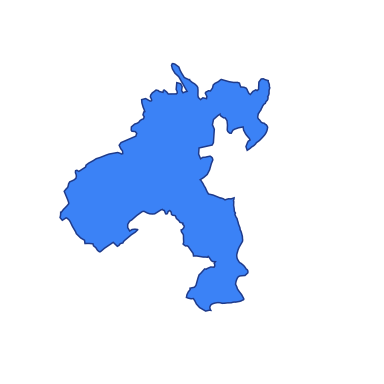 outline of El Mansora, Ad Daqahliyah, Egypt, rotated 147°
{"feature_id": "37247803B83073428854351", "entity_name": "El Mansora", "entity_type": "district", "adm_level": 2, "iso_a3": "EGY", "parent_name": "Egypt", "parent_adm1": "Ad Daqahliyah", "projection": "orthographic", "projection_center": [31.42, 31.053], "detail": "fine", "context": "isolated", "style": "filled", "palette": "blue", "viewbox_px": 384, "rotation_deg": 147, "n_neighbors": 0, "source": "geoboundaries", "source_scale": "gbopen_adm2", "svg_char_len": 6035}
<svg xmlns="http://www.w3.org/2000/svg" viewBox="0 0 384 384"><g transform="rotate(147 192 192)"><path d="M138.6,310.4L140.2,309.4L141.4,305.9L141.6,300.8L140.3,295.9L141.3,279.0L143.3,279.7L145.5,280.1L145.5,282.7L142.9,285.7L142.6,289.0L143.9,290.6L145.2,292.0L149.4,286.7L149.7,284.4L150.4,283.1L151.7,282.8L158.5,287.1L158.8,289.8L159.8,292.7L160.5,292.8L161.4,292.1L162.1,291.4L164.7,294.1L165.0,295.4L166.6,297.1L169.6,296.8L171.2,296.8L173.8,295.8L175.1,294.5L175.4,292.2L175.8,290.9L176.4,290.6L177.4,290.9L177.7,291.2L180.0,295.6L183.9,296.9L185.5,294.0L186.8,289.7L187.2,287.4L187.8,285.1L188.8,285.4L191.1,283.4L191.1,281.1L192.4,280.1L193.0,279.8L194.7,280.2L196.6,280.2L198.6,279.5L200.5,279.5L203.1,280.2L207.4,279.6L209.3,277.0L209.3,275.7L206.7,273.6L206.4,271.3L208.7,269.4L224.6,272.1L227.6,270.9L228.2,266.9L227.9,264.3L229.2,261.9L230.5,262.3L231.2,263.6L232.8,265.6L240.9,269.0L243.8,269.7L250.3,271.0L254.2,272.1L257.8,272.1L263.0,272.5L266.3,272.2L267.6,270.9L275.7,270.9L276.7,272.9L278.0,273.3L278.6,272.6L279.3,271.6L279.6,270.0L280.3,268.3L281.9,266.7L284.5,266.4L289.1,267.1L291.0,266.1L293.0,264.1L294.0,263.5L295.6,263.2L298.8,262.2L300.5,253.0L301.2,250.3L301.8,249.3L304.7,248.4L309.3,247.4L312.9,246.1L313.2,246.5L314.8,244.2L316.6,242.4L316.2,238.9L311.6,238.9L311.0,237.9L310.3,235.5L310.3,233.6L311.0,228.3L311.3,222.0L311.7,220.0L310.4,214.1L308.4,210.1L309.8,207.1L306.2,204.8L303.3,202.5L303.9,200.5L303.0,197.8L303.0,194.5L302.3,192.5L301.8,191.9L300.4,191.9L296.1,192.5L285.5,192.7L284.2,187.1L282.3,187.0L280.9,187.6L279.6,187.6L277.7,186.9L276.5,187.7L274.8,188.1L266.0,189.2L261.5,189.2L258.1,189.9L258.1,190.2L260.1,191.9L262.7,193.2L265.5,193.2L265.3,197.2L263.6,199.8L261.7,200.8L260.0,201.5L257.8,201.4L250.9,202.4L244.4,202.7L242.8,202.0L240.9,198.7L239.3,196.7L237.0,195.0L235.1,194.0L227.6,193.9L226.9,193.6L226.4,193.6L226.0,192.3L225.3,191.6L226.0,188.0L225.0,187.3L224.0,187.6L222.7,188.6L220.8,188.6L220.5,187.3L220.5,186.3L221.4,184.3L220.8,183.0L219.2,181.6L218.9,181.0L219.5,178.3L218.6,175.0L218.6,173.1L216.6,170.7L217.3,170.1L217.3,169.4L217.0,168.4L217.3,167.4L218.3,166.5L220.5,165.8L221.8,166.1L222.5,164.5L222.5,160.9L223.2,159.6L224.5,157.6L226.4,154.3L227.8,153.2L227.7,152.7L227.4,151.7L226.8,150.3L226.4,150.0L225.5,149.7L224.8,148.3L224.8,146.7L224.5,139.9L225.6,137.5L224.9,137.1L222.9,135.8L218.1,131.4L216.1,130.1L214.5,128.8L213.5,129.2L213.2,127.4L213.2,124.1L212.6,122.5L210.4,120.8L212.2,120.2L212.2,119.5L213.2,117.5L214.2,117.2L214.5,116.9L214.9,117.2L217.1,118.9L221.3,119.6L221.9,119.4L223.3,120.6L229.1,119.0L231.1,118.7L233.7,116.7L239.6,111.5L241.8,110.8L246.1,112.4L246.6,111.2L247.9,110.8L249.6,110.2L252.2,108.6L254.1,106.6L253.8,106.3L253.2,105.3L250.9,102.9L248.9,101.9L248.9,99.3L249.3,95.7L248.6,91.0L247.3,88.4L245.4,84.7L241.8,83.4L240.7,82.5L240.6,83.7L240.2,85.0L239.7,85.8L238.7,86.5L237.8,87.0L236.6,87.1L235.5,87.0L233.9,86.6L232.3,86.0L230.6,85.2L228.8,83.9L227.3,82.2L225.3,81.0L222.4,79.6L219.6,77.8L218.6,77.5L217.4,77.1L216.4,76.6L215.4,75.9L211.6,74.3L210.1,73.9L208.4,73.8L207.9,73.6L207.4,73.6L206.9,73.9L206.7,74.4L206.3,78.9L206.6,82.5L206.7,85.8L206.1,88.1L205.7,91.0L205.3,91.4L204.0,92.8L202.3,94.2L200.5,95.3L199.6,95.6L198.6,95.7L197.5,95.5L195.2,94.3L193.0,93.1L189.2,93.8L188.5,94.7L188.1,95.6L188.0,96.4L188.1,97.0L188.5,97.8L188.5,100.1L188.7,102.0L188.9,102.8L189.7,105.4L190.4,106.6L190.6,107.7L190.5,110.7L190.3,111.7L189.9,112.8L189.2,114.2L188.3,115.4L184.9,118.4L182.6,120.0L176.7,123.0L176.1,123.6L175.5,124.4L175.1,125.3L173.9,127.4L172.7,131.0L172.3,132.5L172.2,134.0L171.3,135.9L170.5,139.7L169.8,141.6L169.3,143.5L168.7,145.2L168.7,147.3L168.2,149.8L167.7,150.4L167.1,150.6L167.0,150.8L167.0,151.4L167.1,152.5L165.6,155.3L164.4,158.1L162.2,161.2L162.2,161.6L162.0,162.1L161.7,162.4L160.7,163.2L159.9,164.2L162.0,164.7L163.0,165.0L165.0,166.4L166.9,167.0L168.6,167.4L169.5,169.4L171.1,171.4L171.4,171.4L176.0,178.0L179.3,181.4L179.2,182.0L179.2,184.0L178.5,188.3L178.5,190.6L178.2,192.9L178.2,196.8L178.5,197.8L174.3,197.8L169.7,198.4L165.2,201.0L160.3,205.3L157.0,207.6L156.4,209.5L156.7,210.9L157.3,212.2L160.6,213.5L161.9,213.9L164.1,215.2L166.7,215.2L165.8,220.2L162.1,225.1L149.5,220.4L147.2,221.7L139.1,232.5L138.4,236.2L138.4,237.1L134.5,241.1L128.6,242.0L126.2,242.0L126.4,241.7L126.4,240.0L125.1,237.0L123.8,236.0L123.8,232.7L125.8,228.8L128.7,224.8L129.0,223.2L128.4,220.9L127.1,219.9L124.2,221.5L122.2,221.5L118.0,220.5L113.7,218.7L114.7,216.5L115.1,215.5L115.1,214.8L115.4,211.9L115.4,210.5L115.1,207.9L114.8,206.2L114.8,204.9L115.1,203.9L117.1,204.0L118.4,203.3L122.0,200.7L123.0,196.9L120.7,196.9L119.0,197.0L117.5,197.3L116.0,197.2L114.3,197.3L112.5,197.7L111.1,198.3L108.2,198.4L106.7,198.6L103.2,199.4L100.3,200.2L99.0,200.7L97.6,201.4L96.2,202.3L95.0,203.3L93.3,205.1L93.1,206.2L93.1,207.4L93.1,207.9L93.7,208.7L93.7,209.3L93.9,210.2L94.6,210.9L95.3,211.6L95.7,212.4L96.0,213.2L96.1,215.7L96.4,216.5L96.5,217.4L96.3,218.6L95.9,219.3L93.6,221.7L92.6,221.9L91.7,222.5L90.5,222.9L89.3,223.4L88.7,224.0L87.3,224.7L85.8,225.7L84.0,226.4L83.1,226.5L82.3,226.4L80.9,227.4L80.0,227.7L78.9,227.9L77.9,228.5L76.9,229.6L76.7,230.0L76.7,230.6L75.3,231.3L74.2,232.2L73.6,232.8L73.1,233.7L71.9,235.4L70.0,237.0L69.7,238.3L68.7,239.9L68.4,240.8L68.2,241.9L68.0,242.9L67.9,243.2L67.4,243.9L69.5,246.4L70.5,248.1L72.4,249.1L76.0,247.8L78.9,243.8L80.2,241.9L82.2,241.6L82.8,242.9L86.1,243.2L90.0,242.0L90.6,243.6L90.3,246.6L90.0,247.9L90.0,249.6L91.3,251.5L93.9,253.5L93.5,255.5L92.9,257.5L94.2,259.2L97.4,261.2L100.7,264.2L106.2,270.5L107.2,270.5L109.8,270.2L113.7,270.6L115.9,270.2L118.2,268.0L121.5,266.7L123.1,268.0L124.7,268.0L125.4,268.3L126.4,268.0L127.0,267.7L127.4,264.7L127.4,264.1L129.0,262.4L131.6,265.1L134.5,264.8L135.2,267.8L134.5,269.7L131.6,274.0L130.2,276.6L130.2,278.6L130.9,281.3L132.2,283.9L133.1,286.9L132.8,287.6L133.5,287.9L136.1,292.2L136.0,297.5L135.7,300.5L135.0,303.8L135.0,304.1L136.6,308.4L137.6,309.7L138.6,310.4Z" fill="#3b82f6" stroke="#1e3a8a" stroke-width="1.5"/></g></svg>